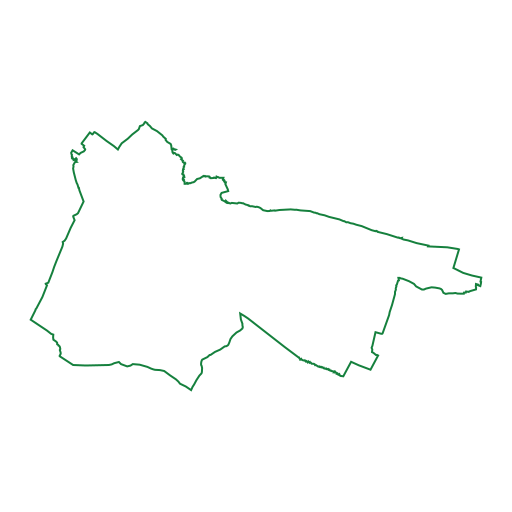 the district of Carpen, Dolj, Romania
{"feature_id": "2599482B61425966956832", "entity_name": "Carpen", "entity_type": "district", "adm_level": 2, "iso_a3": "ROU", "parent_name": "Romania", "parent_adm1": "Dolj", "projection": "mercator", "projection_center": [23.264, 44.337], "detail": "fine", "context": "isolated", "style": "outline", "palette": "green", "viewbox_px": 512, "rotation_deg": 0, "n_neighbors": 0, "source": "geoboundaries", "source_scale": "gbopen_adm2", "svg_char_len": 6038}
<svg xmlns="http://www.w3.org/2000/svg" viewBox="0 0 512 512"><path d="M370.5,369.7L378.1,355.5L376.9,354.9L376.0,355.0L373.5,352.9L372.0,352.1L372.3,349.5L371.6,347.8L372.4,345.8L375.5,332.2L381.3,333.8L382.3,333.7L382.6,333.3L389.1,315.1L389.7,312.0L392.0,305.1L395.0,294.1L395.0,291.9L395.9,289.6L395.7,288.9L396.0,287.3L396.4,286.7L396.2,285.3L396.8,284.7L398.0,280.8L398.9,280.4L398.4,277.9L399.8,277.9L400.7,278.4L402.6,278.7L409.0,281.2L414.0,283.9L416.1,286.4L421.9,289.5L424.0,289.5L426.0,288.6L431.5,287.3L435.1,287.6L439.5,288.4L441.0,289.0L442.1,290.0L443.4,292.8L445.7,293.9L449.0,293.3L453.1,293.3L455.4,293.0L457.6,293.6L463.8,293.7L464.0,292.6L465.8,292.6L466.1,291.5L468.7,291.9L468.9,291.6L470.2,291.1L476.0,289.4L476.1,287.7L475.8,286.5L476.0,284.0L478.0,284.6L477.9,285.2L480.3,286.1L480.9,283.6L481.1,281.9L480.5,281.6L481.3,277.6L471.9,275.5L463.2,272.9L453.4,268.0L459.0,249.4L457.9,249.0L447.3,247.3L428.1,246.4L428.4,245.6L416.6,243.1L408.0,240.4L403.5,239.5L401.5,238.6L401.8,237.9L400.3,238.2L399.2,238.0L398.8,237.5L397.7,237.6L386.8,234.1L378.2,232.0L377.7,231.9L377.5,231.4L376.3,230.9L376.1,231.2L375.5,231.2L371.7,230.2L361.7,226.1L356.2,224.7L353.4,223.7L350.5,223.2L347.9,222.2L346.3,222.3L344.2,221.1L343.4,221.1L339.4,219.4L329.1,216.9L324.6,215.3L319.4,214.2L317.2,213.2L316.7,213.3L315.4,212.7L314.1,212.6L310.2,211.1L300.4,210.4L296.2,209.7L295.1,209.8L290.7,209.4L279.5,210.0L275.0,210.7L274.7,210.4L270.8,210.8L270.4,210.4L269.5,211.0L267.4,211.1L263.1,210.2L260.4,208.0L258.7,207.2L256.8,206.7L255.7,207.0L252.0,206.2L250.4,206.3L248.6,205.7L248.6,205.3L245.5,204.5L243.0,203.2L242.3,203.3L241.0,202.9L238.6,202.7L237.3,203.5L231.8,202.9L230.2,203.5L228.5,202.7L228.2,203.1L227.1,203.0L225.6,202.1L225.7,201.7L226.6,201.5L226.0,200.9L225.9,201.4L225.4,201.6L221.8,199.9L221.5,199.3L221.7,198.6L220.7,197.3L220.5,196.1L220.5,194.8L221.6,192.9L228.2,191.1L227.8,189.4L225.4,184.2L225.9,182.4L224.8,182.4L224.6,182.1L224.7,181.3L224.2,181.2L224.2,180.1L223.9,179.9L223.3,180.2L222.8,179.7L223.4,177.8L219.4,177.8L217.7,176.9L216.8,177.4L216.4,176.9L216.0,178.1L215.0,178.0L214.5,177.6L213.8,177.6L213.4,178.0L210.7,178.2L210.3,178.0L210.2,177.6L209.5,177.5L209.4,176.6L209.0,176.4L206.6,176.3L205.4,176.6L205.0,176.4L205.1,176.0L204.9,175.9L203.7,176.3L203.4,176.0L199.9,178.3L197.1,179.0L194.6,181.6L193.6,182.2L191.7,182.6L190.5,183.2L189.6,183.1L187.9,183.9L187.4,183.5L187.7,183.1L187.6,182.9L186.8,182.9L186.1,183.8L184.6,183.8L184.5,181.5L183.6,180.7L184.0,179.9L183.7,179.5L183.1,180.0L182.9,179.8L182.7,179.0L182.8,178.6L183.3,178.3L183.1,177.5L184.2,177.1L183.8,176.5L184.2,176.1L183.6,174.8L183.3,175.0L182.4,174.3L182.2,173.9L183.2,171.9L183.2,171.3L182.8,170.9L183.0,169.8L183.6,169.3L183.2,168.9L183.7,168.0L183.6,167.0L184.1,166.7L184.0,166.4L184.5,164.5L185.2,163.8L185.3,163.2L184.8,162.6L184.1,163.0L182.8,162.0L182.6,161.1L182.9,160.7L181.1,159.2L181.8,158.5L181.6,157.7L179.9,156.5L178.6,154.9L177.7,154.6L176.8,155.0L174.9,153.1L173.7,152.8L173.8,153.2L173.4,153.5L172.6,152.5L172.1,149.7L173.0,149.2L175.4,149.8L175.7,149.6L173.6,149.0L173.4,148.6L171.6,148.9L171.2,145.3L170.6,143.9L167.2,141.9L165.6,139.9L165.8,138.9L163.2,136.6L162.4,135.4L157.0,131.1L151.9,128.4L149.9,126.0L147.7,124.2L147.4,123.3L145.3,121.9L144.6,122.5L144.1,123.6L142.8,125.1L139.9,126.1L138.8,129.2L137.9,130.1L132.2,134.5L127.8,138.7L121.7,143.3L119.3,146.9L117.9,149.5L113.9,146.1L106.6,141.0L97.4,133.9L94.6,132.1L94.2,132.2L92.7,134.2L92.3,134.4L89.8,132.5L81.6,143.4L81.6,143.8L84.2,145.8L83.5,147.1L85.2,149.3L85.0,150.0L83.8,151.4L80.6,152.9L79.1,154.4L72.6,150.3L71.2,152.8L71.4,154.0L72.0,154.9L71.7,156.1L71.8,156.5L72.5,157.2L71.9,157.8L71.9,158.1L72.4,158.7L73.5,159.0L73.6,159.9L75.3,159.0L76.1,158.2L76.7,158.9L76.8,159.9L75.6,160.9L76.6,161.9L75.3,162.0L74.8,162.4L73.3,165.1L73.5,166.6L73.1,168.5L73.8,172.4L75.7,179.9L76.7,183.0L77.5,184.5L78.5,187.9L78.9,187.9L79.4,190.3L83.6,201.5L78.0,213.2L76.6,214.3L73.4,215.8L73.2,216.6L74.6,220.2L70.7,227.8L66.1,238.5L64.6,240.7L62.7,242.0L63.1,243.7L62.4,246.6L56.5,260.9L54.2,266.8L52.4,272.2L48.3,282.7L45.7,283.7L45.8,284.1L47.0,285.3L42.4,297.0L36.4,308.4L35.6,309.3L35.4,310.3L30.7,319.7L46.9,330.5L51.2,333.9L53.3,334.6L53.1,337.4L53.4,339.7L55.9,341.4L57.1,342.6L57.2,344.3L58.3,344.9L58.5,345.6L59.4,346.1L59.9,347.0L60.3,349.0L59.8,350.0L60.6,352.4L60.7,353.7L59.6,356.0L59.8,356.3L73.1,365.0L85.7,365.5L108.9,365.0L111.7,364.4L114.2,363.2L118.9,362.0L121.0,364.1L127.2,366.4L130.5,365.6L132.8,364.1L139.7,364.7L147.4,366.9L151.1,368.6L153.4,369.4L155.0,369.8L160.0,370.1L164.2,371.0L170.1,375.4L175.9,379.3L178.4,381.6L180.0,383.7L185.8,386.5L191.1,390.1L192.6,386.8L194.1,384.5L196.4,380.2L199.4,375.6L201.3,373.6L201.7,372.9L201.9,371.9L202.1,368.0L201.6,365.8L201.1,364.9L201.1,363.5L201.3,361.9L201.8,360.3L202.3,359.6L207.4,357.1L209.6,355.0L210.6,354.9L215.0,351.9L220.2,349.6L224.7,346.4L226.3,346.2L227.6,345.5L228.3,344.8L229.3,342.5L230.5,339.0L232.4,336.3L236.5,332.5L240.1,330.5L242.4,328.5L242.8,327.1L242.4,325.2L242.4,323.7L240.9,319.5L240.2,313.5L244.4,316.0L248.1,318.5L284.8,347.1L298.4,357.3L299.1,357.5L299.4,358.4L300.0,358.8L300.2,359.7L300.7,359.6L301.3,359.0L301.7,359.7L303.0,360.3L304.7,360.6L304.9,360.4L305.6,361.3L306.2,361.1L306.3,361.7L307.5,361.6L307.8,362.2L308.3,361.5L308.9,362.3L309.3,362.4L309.7,362.1L309.9,362.7L310.4,362.4L310.9,362.7L311.6,363.7L313.8,363.8L314.7,364.3L315.1,365.2L316.0,365.1L318.2,366.6L319.0,366.4L319.4,366.9L319.9,366.6L320.5,367.1L321.2,366.9L321.5,367.4L322.4,367.2L322.8,367.7L323.7,367.7L323.8,368.3L324.5,368.6L326.2,368.5L326.3,369.1L326.6,369.2L327.9,369.0L327.9,369.4L328.6,369.9L329.4,369.6L329.6,370.2L330.3,370.7L330.9,370.5L331.6,371.1L332.8,371.2L333.4,371.8L333.9,371.6L333.8,372.2L335.0,371.8L335.1,372.6L336.3,372.6L336.9,373.0L336.8,373.7L337.5,373.5L337.8,374.3L338.3,374.2L338.8,374.8L339.0,374.7L339.0,374.3L339.3,374.1L339.9,375.5L340.4,375.9L343.3,376.3L351.1,361.8L358.8,365.3L370.5,369.7Z" fill="none" stroke="#15803d" stroke-width="2"/></svg>